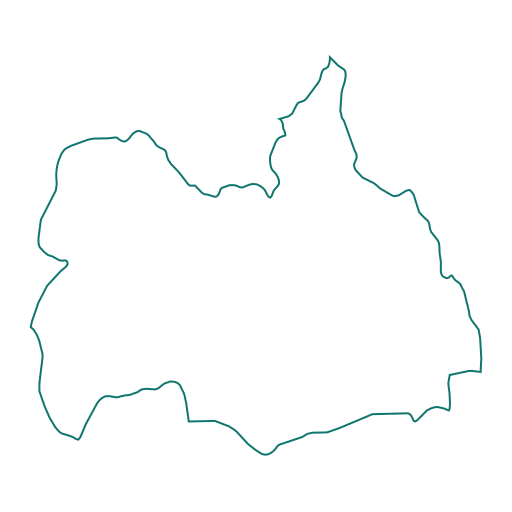 the border of Junín, rotated 180°
{"feature_id": "PER-590", "entity_name": "Junín", "entity_type": "Department", "adm_level": 1, "iso_a3": "PER", "parent_name": "Peru", "parent_adm1": "", "projection": "equal_earth", "projection_center": [-74.886, -11.684], "detail": "fine", "context": "isolated", "style": "outline", "palette": "teal", "viewbox_px": 512, "rotation_deg": 180, "n_neighbors": 0, "source": "natural_earth", "source_scale": "10m", "svg_char_len": 4062}
<svg xmlns="http://www.w3.org/2000/svg" viewBox="0 0 512 512"><g transform="rotate(180 256 256)"><path d="M481.3,184.9L480.0,190.7L473.5,209.6L464.9,226.2L451.2,241.0L446.2,245.1L445.1,246.4L444.4,248.0L444.7,250.2L445.7,251.2L447.0,251.6L450.3,251.3L452.1,251.6L453.6,252.2L459.4,255.5L463.8,256.9L465.1,257.8L467.7,259.9L471.7,264.1L472.4,265.1L473.0,266.7L473.4,268.6L473.5,270.7L473.5,274.1L471.3,291.0L470.9,292.7L456.6,320.7L456.0,322.6L455.4,326.8L455.3,328.5L455.8,337.0L455.5,341.3L454.9,345.6L453.9,349.8L451.1,357.1L450.2,358.7L448.3,361.5L447.1,362.7L445.8,363.7L440.9,366.2L423.7,372.4L418.4,373.4L403.5,373.7L397.3,374.5L395.2,374.4L394.0,373.6L393.4,373.0L391.2,371.5L388.8,370.6L387.5,370.5L386.5,370.7L385.1,371.6L383.2,373.2L379.5,378.0L377.3,379.7L374.7,380.9L373.3,381.1L372.1,380.9L365.8,378.4L364.3,377.5L363.0,376.3L360.9,373.6L358.6,371.2L355.7,366.8L354.6,365.9L353.1,364.9L348.1,362.5L346.9,361.7L346.5,361.0L346.1,360.2L345.8,359.4L345.1,356.1L344.2,353.2L343.6,351.9L340.9,347.9L333.2,339.9L323.8,327.7L322.3,326.5L321.4,326.4L317.0,326.4L310.4,319.6L307.8,317.8L304.0,317.3L298.0,315.4L296.6,315.3L295.6,315.5L294.9,315.9L294.3,316.5L293.4,317.8L292.5,319.8L291.5,322.5L290.9,323.4L289.9,324.2L282.5,326.8L279.2,326.9L277.0,326.7L274.9,326.1L273.2,325.2L270.8,324.5L269.0,324.7L263.3,327.1L259.6,328.0L257.2,327.9L255.1,327.6L252.2,326.2L250.3,324.9L249.2,324.0L248.1,323.0L247.0,321.7L244.4,316.5L243.4,315.3L241.8,314.4L240.8,315.3L240.0,316.7L239.1,319.3L238.5,320.8L237.7,322.2L234.4,326.0L233.4,327.4L232.9,329.1L233.0,331.1L233.5,333.0L234.2,334.8L236.0,338.0L239.4,341.7L240.4,343.2L241.0,345.0L241.5,347.1L242.0,351.7L242.0,354.0L241.7,356.2L236.6,369.2L235.7,370.8L234.6,372.5L233.0,374.1L230.0,375.5L227.7,376.2L226.9,376.5L226.6,376.9L226.9,378.9L227.1,379.8L228.7,383.4L229.2,388.1L229.5,388.9L230.6,391.4L231.0,392.0L231.3,392.3L232.5,393.0L223.3,395.8L219.8,398.4L215.4,407.1L213.9,409.1L212.1,409.9L210.0,410.5L207.4,411.7L205.6,413.4L194.5,428.3L192.9,430.8L191.9,432.9L190.7,437.9L189.7,440.8L188.6,442.4L187.1,443.3L185.8,443.8L184.2,444.9L183.4,446.6L182.7,448.7L182.1,452.6L182.1,454.7L173.9,446.5L168.4,442.8L167.2,441.6L166.5,439.3L166.3,436.0L167.4,429.8L169.6,422.9L170.5,418.7L171.7,401.3L170.0,394.1L168.0,391.1L157.5,361.7L155.7,358.1L155.3,354.3L158.1,347.2L157.2,343.7L156.5,342.1L149.4,334.4L138.0,328.8L134.1,325.6L132.9,324.4L131.6,323.3L119.8,316.5L118.0,315.9L114.9,316.3L112.9,316.9L105.9,321.2L103.3,322.0L101.8,321.7L99.7,319.3L98.3,317.1L92.8,299.7L87.8,294.4L85.0,292.0L83.8,290.6L82.9,288.7L81.9,282.8L80.8,280.0L74.2,271.5L73.3,269.6L72.7,266.6L72.4,258.7L71.1,249.9L71.2,241.0L70.8,238.5L70.0,236.7L68.4,235.1L65.2,233.8L63.4,234.3L61.0,236.4L59.9,236.4L58.2,233.7L56.8,231.9L53.2,229.3L51.5,227.6L50.2,224.6L47.9,220.5L43.0,200.4L42.5,196.2L40.6,192.1L33.4,182.5L31.9,173.9L30.7,153.7L31.4,140.0L39.8,141.1L43.4,141.0L62.3,137.0L63.6,129.4L63.5,126.3L62.5,119.1L62.0,108.5L62.3,104.0L62.9,101.7L63.6,101.7L64.5,102.0L65.2,102.4L66.4,102.8L67.8,103.5L73.9,104.9L77.4,104.8L81.0,103.6L85.0,101.6L94.8,91.7L96.6,90.6L98.1,91.0L98.9,92.4L100.5,95.8L101.5,97.1L102.5,98.1L103.4,98.5L104.3,98.7L139.6,97.8L172.4,84.0L185.0,79.6L199.5,79.3L204.7,78.1L209.7,75.0L232.5,67.4L234.5,66.0L236.8,62.8L238.5,61.0L241.8,58.6L244.3,57.6L247.0,57.3L249.0,57.7L250.7,58.4L256.4,62.0L264.2,68.2L274.9,79.9L277.2,81.9L283.1,85.7L297.2,91.1L323.2,90.5L325.9,109.3L327.4,116.3L328.2,118.9L332.2,127.0L334.3,128.9L337.1,130.1L341.4,130.6L347.5,128.5L350.3,126.5L352.5,124.6L354.6,123.2L357.3,122.6L365.8,123.2L369.0,122.8L371.4,122.1L374.1,120.0L382.0,117.2L384.2,116.8L386.5,116.7L391.1,115.7L393.3,115.0L395.5,114.6L402.2,115.8L406.6,115.7L408.8,114.7L411.0,113.2L413.0,111.2L414.9,108.7L426.1,88.0L431.8,74.6L433.7,72.4L435.9,72.9L439.1,74.9L442.3,76.2L449.2,78.2L450.8,78.9L452.2,79.8L454.5,82.2L456.7,84.8L462.2,93.9L467.5,106.0L472.4,120.2L472.6,121.5L472.6,128.8L469.4,155.0L469.5,156.9L469.8,159.3L472.8,171.3L475.0,176.9L478.3,182.2L481.3,184.9Z" fill="none" stroke="#0f766e" stroke-width="2"/></g></svg>